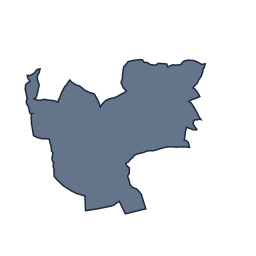 the district of Isu, Imo, Nigeria, rotated 253°
{"feature_id": "59680162B73807077480910", "entity_name": "Isu", "entity_type": "district", "adm_level": 2, "iso_a3": "NGA", "parent_name": "Nigeria", "parent_adm1": "Imo", "projection": "albers", "projection_center": [7.061, 5.682], "detail": "fine", "context": "isolated", "style": "filled", "palette": "slate", "viewbox_px": 256, "rotation_deg": 253, "n_neighbors": 0, "source": "geoboundaries", "source_scale": "gbopen_adm2", "svg_char_len": 3543}
<svg xmlns="http://www.w3.org/2000/svg" viewBox="0 0 256 256"><g transform="rotate(253 128 128)"><path d="M207.8,47.0L206.1,46.8L204.2,46.9L202.7,47.6L201.2,47.9L200.7,45.4L199.2,42.7L194.7,40.9L192.6,40.8L191.0,40.8L189.2,40.5L188.4,40.4L186.8,40.2L185.4,40.2L184.1,39.1L182.9,38.4L181.7,38.2L180.5,38.2L179.4,38.4L178.4,38.8L177.2,39.0L174.4,38.7L172.1,38.5L170.2,38.8L169.8,40.5L169.6,39.8L167.7,39.0L165.9,38.3L162.8,37.7L161.2,37.1L148.3,35.4L145.8,38.0L143.0,42.4L140.7,49.3L135.3,49.1L131.8,48.9L129.2,48.3L127.9,48.2L127.1,48.7L125.8,48.7L122.2,46.9L120.3,46.2L118.9,46.1L117.2,46.3L116.5,46.9L114.3,45.5L112.5,45.2L110.5,45.2L103.2,43.2L99.6,44.8L95.4,47.2L92.0,49.0L84.3,55.5L80.3,59.9L75.6,66.9L61.3,63.2L59.6,75.4L58.7,84.3L58.3,89.3L58.3,91.7L60.0,96.6L60.5,98.2L46.7,100.4L46.3,107.6L46.0,113.1L45.5,121.4L59.5,121.3L60.5,121.5L64.2,120.0L67.4,118.2L70.0,114.8L73.8,113.3L75.8,113.7L79.3,113.7L81.9,113.5L82.3,113.7L83.2,114.6L84.1,115.9L88.5,117.4L89.7,117.5L90.4,117.2L90.6,116.6L91.5,116.3L92.1,116.1L92.8,115.8L93.5,115.4L94.1,115.4L94.9,115.4L95.1,116.2L95.1,117.1L95.3,118.0L95.6,118.8L96.5,120.0L97.3,121.3L98.8,124.6L100.1,126.0L100.4,129.2L100.3,132.0L100.2,134.2L100.1,136.4L100.5,139.2L100.2,140.4L99.6,143.2L98.8,145.8L98.8,147.0L98.9,148.1L98.7,149.7L98.8,152.5L98.7,155.1L98.7,156.1L98.7,157.2L98.7,157.7L98.5,159.0L98.2,160.9L97.5,163.5L96.5,166.3L95.6,168.4L94.5,173.0L92.8,178.3L91.5,181.1L93.2,181.3L94.7,181.4L96.5,181.3L97.3,181.2L99.0,179.7L100.2,178.3L101.2,178.9L105.3,180.8L108.8,182.4L111.5,184.1L110.7,185.4L108.8,187.9L107.2,189.8L106.4,192.0L106.2,193.3L106.5,193.5L108.0,192.9L109.3,192.3L110.6,192.0L111.6,191.6L112.7,191.5L114.5,192.1L116.1,193.9L116.1,195.3L115.7,196.3L115.4,197.3L115.7,198.1L115.4,199.3L114.8,200.2L117.5,199.3L121.4,198.7L129.3,197.0L133.7,195.7L135.6,193.9L135.9,195.0L136.3,196.0L136.3,196.8L136.4,198.4L136.5,201.5L136.7,203.0L136.9,204.2L137.1,205.9L142.4,204.7L145.7,203.3L147.3,201.9L148.2,202.8L148.9,204.0L150.2,206.6L151.3,208.1L153.6,209.8L154.9,211.8L156.6,213.6L160.1,216.1L161.4,216.3L164.0,218.9L166.8,220.6L167.1,218.4L167.2,217.3L168.8,215.6L170.8,213.7L172.7,211.4L173.7,209.8L174.6,207.1L175.3,205.5L175.7,203.2L175.5,200.7L174.6,198.8L173.5,197.5L173.3,195.4L174.1,192.9L174.5,191.1L175.5,188.7L175.1,187.5L175.1,185.7L174.8,183.8L177.9,183.8L179.7,179.2L180.9,176.2L180.1,172.1L181.1,170.2L182.0,168.2L183.3,166.9L185.0,165.5L186.0,162.7L188.9,161.8L190.0,159.1L191.2,151.9L191.4,147.4L188.5,143.2L187.5,141.7L185.7,140.7L182.0,139.1L179.8,137.9L177.6,137.4L173.5,134.6L170.7,135.0L168.1,135.1L164.0,137.2L162.9,135.0L162.4,131.5L161.1,126.2L161.1,124.1L160.9,122.6L161.2,121.4L161.3,119.8L161.2,116.9L160.8,114.7L159.3,111.7L157.9,109.7L156.2,107.6L158.3,107.6L161.2,107.6L164.4,107.0L168.9,106.1L170.9,105.2L173.4,101.4L176.5,98.0L182.4,94.0L183.3,92.4L184.5,90.8L186.7,89.1L188.4,87.5L190.9,86.4L189.6,84.4L188.4,82.8L187.5,82.3L186.0,79.4L184.9,78.6L184.3,77.7L183.1,76.7L182.4,75.9L181.2,74.9L180.2,74.0L179.3,73.2L178.1,72.6L177.4,72.0L176.8,71.5L176.4,71.0L175.9,70.5L175.4,69.7L174.1,69.2L173.2,68.8L173.7,68.0L174.3,67.2L174.9,66.4L175.4,65.7L175.7,65.3L178.5,58.9L179.0,57.9L179.8,56.9L179.9,55.7L180.1,54.3L180.0,52.9L180.3,51.6L181.1,49.7L182.1,48.1L183.4,46.8L183.8,48.7L185.3,50.1L192.4,54.2L195.3,55.7L198.4,55.6L200.5,55.4L201.9,55.9L203.7,56.3L205.5,57.7L207.2,59.4L210.3,61.2L210.5,59.7L210.5,58.4L209.9,57.2L209.2,56.2L208.3,55.1L207.8,53.7L207.2,51.5L206.9,49.4L207.8,47.0Z" fill="#64748b" stroke="#1e293b" stroke-width="1.5"/></g></svg>